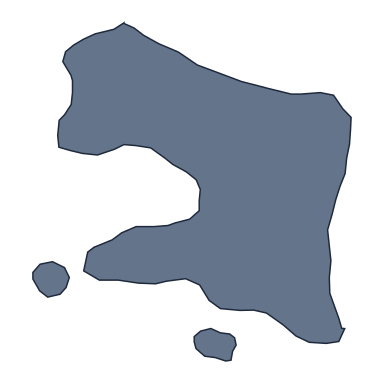 the district of Qazakh District, Qazax, Azerbaijan
{"feature_id": "54616110B43488292017990", "entity_name": "Qazakh District", "entity_type": "district", "adm_level": 2, "iso_a3": "AZE", "parent_name": "Azerbaijan", "parent_adm1": "Qazax", "projection": "robinson", "projection_center": [45.173, 41.158], "detail": "fine", "context": "isolated", "style": "filled", "palette": "slate", "viewbox_px": 384, "rotation_deg": 0, "n_neighbors": 0, "source": "geoboundaries", "source_scale": "gbopen_adm2", "svg_char_len": 1424}
<svg xmlns="http://www.w3.org/2000/svg" viewBox="0 0 384 384"><path d="M123.7,23.0L113.9,29.3L95.3,33.8L83.5,39.2L73.6,45.1L65.6,51.7L62.8,61.6L71.0,75.3L72.5,80.7L72.5,92.5L71.2,104.5L64.6,114.7L59.2,120.3L57.7,135.4L58.9,147.2L70.2,150.5L82.4,153.4L97.5,155.0L114.4,149.3L123.9,144.6L136.1,145.6L150.7,147.9L164.2,157.6L172.9,164.5L186.5,172.0L196.2,179.8L200.3,189.5L199.2,200.7L199.2,201.8L199.2,210.7L189.6,219.2L175.2,222.9L168.0,225.5L154.0,226.6L136.1,226.6L121.7,232.8L112.1,239.9L94.1,247.2L87.7,252.1L83.7,270.9L99.3,280.1L118.1,280.1L138.4,283.1L155.6,283.8L166.4,281.2L185.6,278.7L199.6,284.9L209.2,300.5L220.4,308.6L240.0,310.4L253.6,310.1L266.4,313.0L283.2,324.9L296.0,336.0L309.2,342.3L326.4,343.4L338.8,341.5L344.7,328.6L341.7,328.3L338.9,318.6L329.8,293.3L329.3,277.6L330.9,260.8L327.6,229.9L332.0,214.7L335.8,199.5L340.2,185.8L345.1,173.6L346.7,157.9L349.5,144.3L350.5,130.1L351.1,117.4L342.8,108.8L333.5,95.2L320.3,92.6L300.6,94.1L291.3,94.1L268.8,88.6L241.4,81.5L197.3,65.0L178.4,52.1L158.7,43.7L143.6,35.3L134.2,28.1L123.6,23.3L123.7,23.0ZM231.0,360.2L232.6,351.3L236.1,345.1L234.6,337.8L229.7,334.0L220.3,332.8L210.8,328.5L200.6,331.1L194.2,336.6L194.2,341.8L196.0,348.6L204.7,356.2L215.4,357.6L225.7,361.0L231.0,360.2ZM60.1,294.2L66.1,287.5L69.3,277.5L64.5,267.6L52.5,261.7L40.1,264.2L32.9,272.4L32.9,279.0L39.7,290.9L47.7,297.1L60.1,294.2Z" fill="#64748b" stroke="#1e293b" stroke-width="1.5"/></svg>